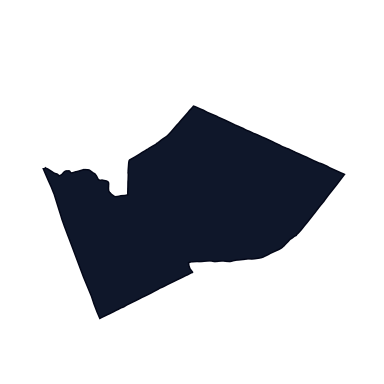 Saphan Sung, Bangkok Metropolis, Thailand (Equal Earth projection), rotated 61°
{"feature_id": "78962969B37896231251268", "entity_name": "Saphan Sung", "entity_type": "district", "adm_level": 2, "iso_a3": "THA", "parent_name": "Thailand", "parent_adm1": "Bangkok Metropolis", "projection": "equal_earth", "projection_center": [100.689, 13.765], "detail": "fine", "context": "isolated", "style": "filled", "palette": "ink", "viewbox_px": 384, "rotation_deg": 61, "n_neighbors": 0, "source": "geoboundaries", "source_scale": "gbopen_adm2", "svg_char_len": 5991}
<svg xmlns="http://www.w3.org/2000/svg" viewBox="0 0 384 384"><g transform="rotate(61 192 192)"><path d="M99.8,308.5L100.1,309.0L99.9,310.1L99.6,310.8L105.2,311.4L112.4,312.1L119.9,312.7L124.2,313.3L127.0,313.6L138.5,316.0L141.9,316.7L148.8,318.1L152.9,319.0L154.1,319.2L158.3,319.9L160.0,320.2L164.2,320.8L166.2,321.1L168.8,321.5L173.2,322.1L175.8,322.5L180.7,323.2L213.6,328.1L234.6,330.5L242.4,332.0L250.9,333.2L257.9,333.9L257.9,332.1L258.0,330.5L258.1,328.9L258.2,327.4L258.3,325.1L258.5,323.2L258.6,320.3L258.7,318.7L258.7,317.1L258.7,316.0L258.8,314.5L258.9,313.7L258.9,311.7L258.9,310.7L259.0,309.7L259.1,309.3L259.3,308.1L259.4,307.4L259.2,303.9L259.3,301.9L259.4,300.0L259.6,295.8L259.7,294.7L259.7,294.4L259.9,289.4L259.9,287.3L259.9,286.9L260.1,284.7L260.2,283.3L260.2,282.7L260.3,281.8L260.3,281.4L260.4,279.1L260.5,276.8L260.5,273.5L260.6,269.3L260.6,268.3L260.6,268.1L260.5,267.6L260.5,266.8L260.7,265.1L260.9,263.5L261.0,260.7L261.0,259.0L261.2,254.9L261.4,251.7L261.6,247.2L261.8,244.5L262.0,240.5L262.0,239.3L262.1,237.5L262.3,236.3L262.3,235.4L262.3,233.9L262.3,232.0L262.4,231.3L262.6,230.9L262.4,230.4L261.5,230.5L260.2,230.7L258.8,230.9L257.8,231.0L257.1,230.9L256.8,230.7L256.5,230.7L254.4,230.3L254.0,230.1L253.4,229.8L253.0,229.6L252.2,229.4L252.2,228.8L252.5,227.4L252.7,226.5L253.8,224.3L254.0,223.8L254.2,223.4L255.3,221.1L256.4,219.4L257.6,217.0L258.3,215.3L259.0,213.7L259.7,212.2L259.9,211.8L260.6,210.3L261.6,208.6L262.4,207.7L263.0,207.0L263.4,206.5L263.7,206.1L264.0,205.6L264.4,204.8L264.6,204.2L264.9,203.7L265.5,202.1L266.8,199.3L267.5,198.0L268.0,197.4L268.7,196.3L269.2,195.7L269.8,194.8L270.1,194.3L271.0,192.9L271.2,192.6L271.5,191.7L271.8,190.6L272.1,189.2L272.5,188.0L273.0,186.5L273.1,186.2L273.2,185.8L273.5,185.3L273.9,184.5L275.5,180.7L276.2,179.1L276.6,177.9L276.8,177.5L277.2,176.5L277.6,175.4L278.1,174.6L279.1,172.9L279.5,172.4L279.9,171.5L280.3,170.6L280.6,169.9L280.7,169.7L282.0,166.3L282.5,164.9L283.0,163.3L283.4,161.3L283.4,160.0L283.6,157.5L283.7,155.1L283.6,153.5L284.2,145.8L284.3,145.4L284.4,144.0L284.4,141.6L284.2,139.9L283.7,138.2L283.6,137.8L283.7,137.7L283.5,137.2L283.0,135.7L282.9,135.4L281.7,131.3L281.2,130.1L280.9,128.9L280.9,127.8L280.8,126.6L280.6,125.3L280.5,125.0L280.4,124.6L280.4,124.2L280.4,123.0L280.5,121.9L279.9,120.9L279.4,118.8L278.1,115.0L276.2,110.5L274.2,105.4L270.6,96.9L269.5,94.2L268.9,92.9L268.2,91.3L267.5,89.6L267.3,89.3L266.4,87.1L265.9,86.0L265.5,84.8L265.3,84.3L264.7,82.8L264.2,81.4L263.5,80.0L263.0,79.0L262.7,78.3L260.7,73.9L259.4,70.7L258.6,68.8L255.6,61.6L250.5,50.1L249.4,50.9L246.9,52.9L246.4,53.2L237.2,60.1L235.5,61.0L234.3,61.8L233.4,62.5L232.6,63.1L232.0,63.5L230.6,64.6L229.0,66.0L228.2,66.9L226.4,68.2L225.2,69.1L223.7,70.3L220.7,72.4L218.6,73.9L218.4,74.0L217.2,74.8L214.2,77.2L212.2,78.7L210.8,79.7L208.9,81.2L207.7,82.2L206.2,83.1L205.4,83.8L204.1,84.6L203.3,85.3L202.2,86.0L201.7,86.3L201.4,86.5L200.5,87.3L200.3,87.5L199.9,87.9L199.5,88.2L199.3,88.5L198.0,89.3L197.8,89.7L197.6,89.8L195.7,91.3L193.2,92.8L191.8,93.9L191.0,94.4L190.0,95.2L188.9,96.0L187.3,97.0L185.1,98.6L181.1,101.5L178.8,103.3L178.0,104.0L177.7,104.2L177.4,104.4L176.4,105.1L175.5,105.8L175.1,106.1L174.2,106.7L172.8,107.8L171.7,108.7L171.5,108.9L171.0,109.4L170.4,109.9L169.9,110.2L168.7,111.0L166.6,112.5L164.9,114.0L163.4,115.1L162.4,115.7L161.4,116.3L161.2,116.4L158.3,118.7L156.5,120.0L155.8,120.7L155.4,120.9L154.6,121.6L154.0,122.1L153.3,122.5L151.3,123.9L145.4,128.1L139.9,132.3L139.7,132.5L139.4,132.7L137.7,133.7L129.5,140.2L129.3,140.3L127.7,141.3L125.9,142.4L124.6,143.5L123.1,144.7L120.3,146.8L118.6,148.1L117.6,149.1L117.9,149.8L118.1,150.2L118.9,152.6L119.3,154.0L119.7,155.1L120.5,156.9L121.2,158.9L122.5,162.5L123.8,166.2L124.7,168.6L125.4,170.3L126.1,172.7L129.3,181.2L130.5,184.9L130.9,186.4L131.0,186.8L131.2,188.4L131.4,191.5L131.8,194.6L132.1,195.8L132.2,196.6L132.3,197.6L132.5,197.9L132.5,198.2L132.5,198.8L132.4,198.9L132.4,199.2L132.5,199.5L132.7,199.9L132.8,200.9L132.8,203.9L132.8,204.2L132.9,207.8L132.9,208.3L133.0,208.6L133.0,209.0L133.1,209.4L133.1,209.7L133.1,210.3L133.0,210.7L133.0,211.0L133.1,211.7L133.1,212.3L133.2,212.7L133.2,214.8L133.2,216.2L133.3,217.5L133.4,218.4L133.5,219.9L133.7,224.8L133.7,226.8L133.7,229.0L133.7,230.7L133.7,231.0L133.8,231.1L133.9,231.4L134.1,231.7L134.3,232.0L135.8,233.2L138.1,234.7L141.0,236.6L142.1,237.3L142.7,237.7L143.0,237.8L143.3,238.0L144.0,238.5L144.7,238.8L145.9,239.3L146.9,239.9L148.6,240.9L150.8,242.2L151.3,242.6L153.0,243.6L155.3,244.9L157.2,246.0L157.5,246.2L158.5,246.8L159.1,247.1L159.7,247.5L160.7,248.1L161.8,248.7L163.0,249.3L163.3,249.4L162.9,251.2L162.5,252.4L161.7,254.1L161.0,255.5L160.6,256.7L160.4,257.7L159.7,259.6L159.2,260.8L158.8,261.5L158.4,261.9L157.3,262.5L156.3,262.9L155.4,263.4L154.4,263.7L153.8,263.9L153.3,263.9L153.2,263.9L153.0,264.0L152.6,264.2L152.3,264.3L150.9,264.3L150.3,264.2L148.8,263.5L148.0,263.1L146.9,262.4L145.5,261.6L145.1,261.3L144.3,260.9L143.8,260.6L143.3,260.5L143.1,260.5L142.9,260.5L142.6,260.5L142.0,260.7L141.4,261.1L140.9,261.6L140.6,261.7L140.4,262.0L138.9,263.8L138.2,264.6L138.0,264.8L137.9,264.9L137.7,265.5L137.5,266.2L136.9,267.1L136.4,267.4L135.7,267.8L135.0,267.9L134.5,267.9L132.7,267.8L131.3,267.8L130.0,268.0L128.8,268.2L128.2,268.7L128.0,268.8L127.4,269.2L126.2,269.7L123.4,271.0L123.0,271.2L122.7,271.5L122.0,272.4L121.8,272.7L121.8,272.8L121.1,273.8L120.7,274.5L120.3,275.2L119.9,275.8L119.8,276.3L119.5,277.8L119.1,279.5L118.9,280.5L118.4,282.5L117.8,284.3L117.7,285.1L117.4,286.6L117.3,286.9L117.2,287.5L117.2,287.8L116.7,288.3L116.3,288.7L116.0,288.8L114.5,288.9L114.2,289.0L113.7,289.6L112.6,291.7L112.5,292.1L112.4,292.6L112.4,293.4L112.5,294.0L112.6,294.6L112.9,295.4L113.2,296.2L113.5,297.0L113.7,298.0L113.4,300.6L113.2,300.6L112.7,300.7L112.0,300.8L111.6,300.9L111.2,301.1L110.9,301.3L110.5,301.6L110.1,302.1L109.6,302.6L108.6,303.4L108.0,303.8L106.5,304.5L101.9,307.0L100.3,308.3L99.8,308.5Z" fill="#0f172a" stroke="#020617" stroke-width="1.5"/></g></svg>